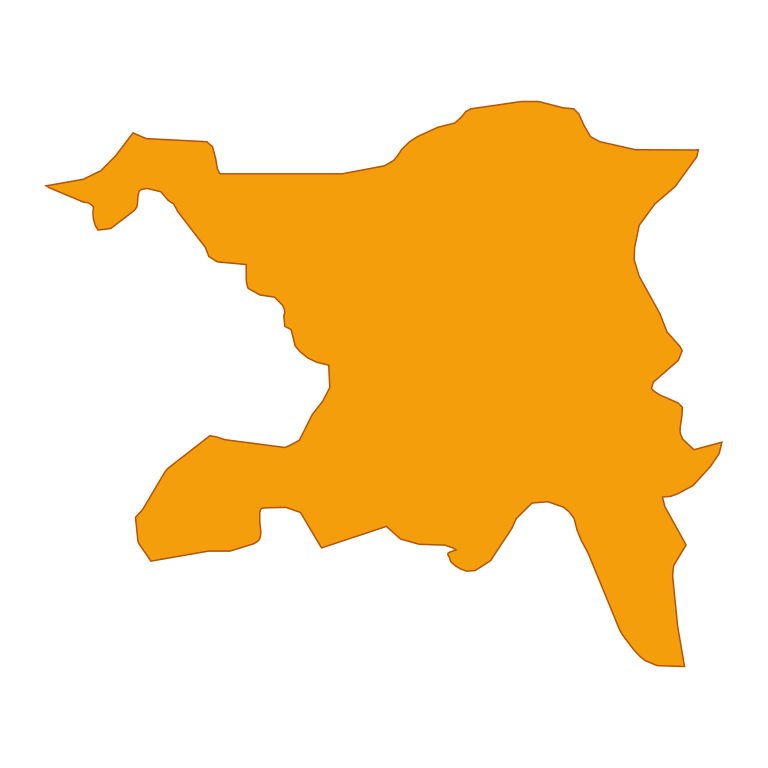 map outline of Aargau (Robinson projection)
{"feature_id": "CHE-162", "entity_name": "Aargau", "entity_type": "Canton", "adm_level": 1, "iso_a3": "CHE", "parent_name": "Switzerland", "parent_adm1": "", "projection": "robinson", "projection_center": [8.112, 47.382], "detail": "fine", "context": "isolated", "style": "filled", "palette": "amber", "viewbox_px": 768, "rotation_deg": 0, "n_neighbors": 0, "source": "natural_earth", "source_scale": "10m", "svg_char_len": 2305}
<svg xmlns="http://www.w3.org/2000/svg" viewBox="0 0 768 768"><path d="M538.5,101.5L562.9,107.8L573.7,108.8L578.8,113.9L583.9,125.2L590.5,136.6L599.7,141.7L635.4,149.7L695.5,150.0L698.4,149.6L696.8,156.8L675.2,186.5L654.9,203.9L639.2,225.3L634.6,247.7L634.2,259.7L639.1,276.1L659.9,313.7L667.0,331.9L679.8,346.3L682.2,350.7L678.3,360.4L653.3,382.2L651.4,388.6L654.2,391.2L659.6,394.9L678.0,402.9L682.3,407.1L682.1,414.5L680.2,427.3L680.0,431.1L680.8,434.9L682.9,439.4L694.0,449.7L721.9,442.2L719.2,453.5L710.6,466.3L693.0,485.6L676.8,494.2L670.6,496.4L668.1,496.6L665.2,496.7L662.5,497.1L664.9,506.7L686.1,545.0L673.9,565.1L673.3,568.3L672.6,575.6L677.5,625.2L684.5,666.5L683.8,666.5L657.2,665.6L645.5,660.8L640.3,656.8L633.5,649.5L623.1,635.7L619.7,630.0L588.2,553.3L581.0,539.9L577.0,529.9L574.1,518.4L568.9,511.6L563.3,507.1L547.8,501.7L531.9,503.1L516.1,518.8L511.9,528.3L490.5,560.7L475.2,570.5L466.7,571.2L460.3,568.8L455.9,566.2L452.4,563.3L450.6,561.4L449.5,557.4L447.9,555.1L447.9,553.4L449.2,552.3L456.0,549.9L453.4,548.1L444.9,545.1L419.3,544.3L400.5,539.0L386.4,526.4L321.5,547.9L300.5,512.5L286.0,507.4L265.8,507.8L261.9,508.3L260.4,509.8L259.7,513.0L259.8,522.4L260.9,532.4L260.4,536.4L259.7,538.8L259.1,539.9L257.6,541.3L254.0,543.7L230.0,551.1L208.5,551.1L150.9,561.1L138.6,543.2L137.8,540.3L135.5,517.3L142.5,509.8L165.3,471.3L168.1,468.2L209.9,435.7L216.8,437.0L225.0,439.7L285.0,447.5L291.8,444.4L299.4,440.2L312.2,414.6L322.9,400.9L329.8,387.5L328.7,365.2L316.9,362.3L307.7,357.9L299.6,351.3L295.2,345.9L291.1,329.6L284.8,326.3L283.8,315.7L284.7,313.3L284.4,309.4L282.8,305.6L274.6,297.2L260.0,295.0L248.2,288.4L247.3,286.0L246.3,281.2L246.2,264.5L217.4,261.9L208.8,256.5L205.5,247.6L178.1,212.1L173.7,204.0L168.3,200.5L160.9,191.8L147.5,188.5L141.8,189.3L139.2,191.0L138.0,195.8L137.5,203.2L136.8,207.0L134.5,210.3L110.8,228.5L98.1,230.1L95.5,226.0L93.4,219.3L92.9,212.5L93.5,206.8L90.0,203.9L87.8,202.7L83.4,202.1L49.1,187.7L46.1,185.8L83.2,179.3L100.9,170.7L115.8,155.6L133.0,132.9L146.2,138.6L206.8,141.7L212.5,146.8L215.5,157.8L217.4,168.9L219.9,173.8L342.2,173.8L384.5,165.8L393.6,160.5L397.8,155.4L401.6,149.5L409.6,141.7L417.3,136.7L437.7,127.3L454.8,123.0L461.3,117.2L465.9,111.5L470.8,108.8L521.5,101.5L538.5,101.5Z" fill="#f59e0b" stroke="#b45309" stroke-width="1.5"/></svg>